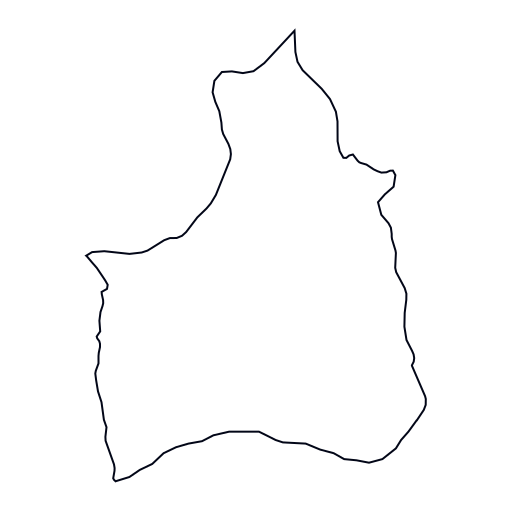 outline of Arica y Parinacota
{"feature_id": "CHL-2694", "entity_name": "Arica y Parinacota", "entity_type": "Region", "adm_level": 1, "iso_a3": "CHL", "parent_name": "Chile", "parent_adm1": "", "projection": "robinson", "projection_center": [-69.675, -18.339], "detail": "fine", "context": "isolated", "style": "outline", "palette": "ink", "viewbox_px": 512, "rotation_deg": 0, "n_neighbors": 0, "source": "natural_earth", "source_scale": "10m", "svg_char_len": 1933}
<svg xmlns="http://www.w3.org/2000/svg" viewBox="0 0 512 512"><path d="M294.5,30.7L295.4,52.0L297.5,61.8L302.6,70.2L321.7,88.8L330.0,99.1L335.9,111.7L337.5,121.4L337.6,141.3L339.7,151.2L343.4,157.8L346.3,157.9L349.2,155.5L352.9,154.5L357.6,160.7L359.3,162.3L361.0,163.0L366.5,164.6L373.7,169.4L377.5,171.2L381.4,172.6L386.4,172.3L390.1,170.7L392.9,170.6L395.2,174.8L395.4,175.1L393.6,186.7L384.9,194.3L378.0,202.2L381.3,214.8L388.5,223.2L390.9,227.7L391.7,233.9L391.7,236.8L392.0,239.1L395.5,250.6L395.9,253.0L395.2,267.8L396.2,272.2L404.7,288.1L406.4,293.7L406.3,299.8L404.7,312.8L404.4,326.7L406.5,340.0L412.1,350.9L413.6,354.4L414.2,358.1L413.7,361.7L411.9,365.3L411.9,365.5L412.0,365.9L425.1,396.2L425.8,399.0L425.7,404.9L423.8,409.9L416.8,420.4L416.6,420.4L408.4,431.7L401.1,440.0L395.9,448.4L382.4,459.1L369.0,462.7L356.5,460.3L344.1,459.1L333.7,453.2L320.2,449.6L305.7,443.6L282.9,442.4L275.6,440.0L266.3,435.3L259.0,431.7L246.6,431.7L229.0,431.7L213.4,435.3L202.0,441.2L188.5,443.6L176.1,447.2L163.6,453.2L152.3,463.9L139.8,469.9L129.4,477.0L115.8,481.2L115.6,481.3L114.0,479.8L113.2,478.3L114.5,470.9L114.6,468.1L114.0,464.4L105.6,440.8L105.4,436.8L106.5,427.2L103.9,419.8L101.5,402.2L98.0,391.4L96.1,380.0L95.3,373.5L95.8,370.8L98.5,363.4L98.5,355.9L98.8,352.7L100.0,347.1L100.0,343.8L99.3,341.2L97.2,338.3L96.7,336.5L100.2,331.4L99.4,320.7L100.5,312.0L102.5,306.1L103.2,303.2L103.1,300.1L101.8,294.2L101.6,291.9L107.0,288.9L107.7,284.8L105.3,280.6L102.4,276.2L96.8,267.9L92.0,262.4L86.7,256.1L86.2,255.7L92.1,252.1L104.3,251.2L129.5,253.9L141.7,252.5L147.5,250.6L164.2,240.2L169.8,238.1L176.7,238.0L182.0,235.8L186.1,232.1L197.3,217.4L206.5,208.5L210.8,203.4L215.9,194.9L230.2,159.3L230.9,154.1L230.3,149.1L228.4,143.9L223.2,134.0L221.9,129.5L221.4,122.6L219.3,111.2L215.3,101.8L212.6,92.3L214.4,80.8L221.9,72.0L231.9,71.4L242.9,73.1L253.5,71.2L264.3,63.1L294.5,30.7Z" fill="none" stroke="#020617" stroke-width="2"/></svg>